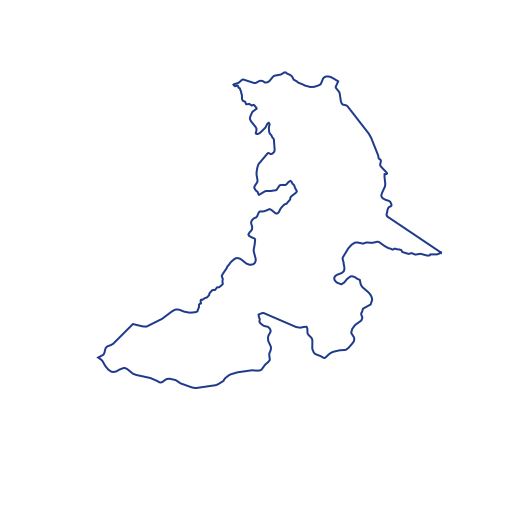 map outline of Brong Ahafo (Albers equal-area conic projection), rotated 133°
{"feature_id": "GHA-2159", "entity_name": "Brong Ahafo", "entity_type": "Region", "adm_level": 1, "iso_a3": "GHA", "parent_name": "Ghana", "parent_adm1": "", "projection": "albers", "projection_center": [-1.701, 7.588], "detail": "fine", "context": "isolated", "style": "outline", "palette": "blue", "viewbox_px": 512, "rotation_deg": 133, "n_neighbors": 0, "source": "natural_earth", "source_scale": "10m", "svg_char_len": 6138}
<svg xmlns="http://www.w3.org/2000/svg" viewBox="0 0 512 512"><g transform="rotate(133 256 256)"><path d="M130.4,192.1L131.9,191.6L136.8,188.7L137.6,187.0L127.6,124.8L127.1,123.1L127.7,122.7L128.0,123.2L129.2,123.6L131.5,124.8L135.9,129.6L136.5,129.4L137.5,129.6L139.0,131.2L142.2,137.2L146.3,140.4L147.8,144.2L150.4,145.8L153.3,151.7L152.6,153.8L153.5,155.6L154.8,157.3L156.0,159.6L158.0,160.3L158.5,161.2L158.7,162.2L160.0,164.7L161.0,168.6L161.9,175.6L162.9,177.1L166.0,179.1L167.6,180.5L170.7,184.4L174.0,186.2L176.9,191.0L178.8,192.8L182.7,193.8L187.5,193.7L198.0,191.5L199.2,190.5L201.0,187.5L201.9,186.6L203.3,184.6L205.1,182.5L207.3,181.4L210.0,181.7L214.4,183.9L216.7,184.4L218.8,183.8L219.9,182.3L220.3,180.3L220.2,178.3L218.4,174.2L215.0,173.4L210.8,173.7L206.6,173.0L205.4,172.0L204.5,170.5L203.9,168.6L203.7,166.6L202.7,163.8L203.3,162.8L204.8,160.9L205.9,158.6L206.2,156.5L205.9,149.8L206.0,147.5L206.5,145.1L207.4,143.0L208.9,141.1L213.3,139.1L221.5,141.8L224.7,140.3L226.1,140.0L227.2,138.9L228.4,136.3L229.8,135.5L231.1,135.1L232.0,135.1L238.5,136.4L239.6,136.4L243.6,135.9L246.6,134.4L247.4,133.7L248.7,128.8L249.7,127.5L251.5,126.3L254.2,125.9L260.1,125.7L262.7,126.1L264.1,126.9L267.9,130.5L273.4,134.2L276.2,135.3L278.6,135.7L282.6,135.9L283.5,136.1L284.1,136.6L284.7,138.2L285.2,140.7L286.8,144.4L287.3,146.2L287.2,147.9L285.7,151.2L285.0,152.0L279.4,157.1L278.8,157.9L278.2,159.0L278.0,160.2L277.9,163.8L277.6,165.1L276.7,166.4L274.7,168.3L274.0,169.1L273.3,170.7L275.0,172.5L278.0,174.5L279.5,176.5L280.7,178.5L292.4,211.3L293.1,212.3L297.1,214.2L298.7,212.1L299.6,210.2L301.6,208.8L301.9,208.2L302.2,206.9L302.0,203.6L301.5,202.1L299.8,199.2L299.6,198.0L299.8,195.9L300.6,194.4L301.5,193.7L306.0,192.5L307.4,191.6L309.7,189.3L312.0,183.7L312.9,182.4L314.8,181.1L318.5,179.6L320.0,178.1L322.1,175.5L322.8,175.0L323.6,174.8L325.6,174.8L329.1,175.2L335.1,174.5L336.4,174.8L337.8,175.7L339.6,177.6L342.3,181.0L353.7,190.2L359.8,193.8L361.8,194.5L366.3,195.2L368.3,195.0L369.5,194.6L375.7,196.3L377.9,197.3L393.2,209.6L394.6,211.2L395.8,213.2L400.6,224.3L401.4,229.5L401.8,230.6L404.7,235.5L406.6,237.2L407.7,237.7L412.2,238.6L413.5,239.4L414.1,240.2L414.5,241.4L414.7,242.8L417.3,250.1L424.7,262.5L426.0,265.7L426.5,272.9L427.2,275.2L428.1,276.4L432.2,278.4L435.2,279.3L436.8,280.2L438.2,281.3L439.2,282.8L439.8,286.1L439.7,287.6L439.3,290.9L437.5,296.8L437.4,298.8L437.9,302.2L432.7,300.4L432.0,300.4L431.2,300.5L429.5,301.2L427.5,302.4L425.9,303.1L424.5,303.2L423.6,303.1L419.9,301.3L417.6,300.6L389.7,299.6L384.8,290.9L382.6,288.2L382.0,287.8L365.9,281.8L354.4,279.8L351.0,278.8L349.4,277.8L348.7,277.0L347.5,275.2L345.6,270.4L343.0,266.3L341.1,264.3L338.4,262.0L337.2,261.3L336.3,261.1L335.4,261.7L333.1,262.5L332.1,263.0L330.5,264.5L329.1,264.5L328.4,263.9L328.0,264.0L326.8,265.8L325.7,266.4L325.2,266.2L324.7,265.4L321.8,264.7L319.7,263.6L316.6,263.6L315.2,264.5L314.7,264.6L311.0,264.7L309.9,264.1L309.1,263.0L308.5,262.8L305.7,263.1L305.2,262.8L304.2,261.8L303.7,261.6L299.6,261.1L298.9,261.4L297.6,263.1L295.4,264.7L294.4,266.8L293.7,267.6L291.6,268.1L285.2,269.1L282.9,269.8L280.8,269.8L278.3,270.2L276.0,270.1L273.4,269.8L271.3,269.2L270.1,268.0L269.5,267.1L268.8,265.6L268.6,264.5L268.1,257.9L266.8,254.7L265.5,253.5L264.0,252.5L263.0,252.2L261.6,252.2L259.5,253.1L258.3,254.3L254.7,260.0L253.4,261.7L248.1,265.1L244.6,267.8L244.3,268.5L244.3,269.1L245.3,271.8L246.0,274.9L245.5,276.2L243.2,276.8L240.7,276.8L239.3,277.1L238.4,277.7L237.2,278.8L235.5,281.7L234.7,282.5L233.2,283.2L231.4,283.4L229.5,283.1L227.8,282.3L227.1,282.2L225.8,282.4L222.8,283.5L221.7,283.7L221.0,283.6L220.5,283.3L219.1,281.7L217.8,280.6L215.3,279.3L212.6,278.2L212.1,277.2L211.8,276.0L211.5,271.1L210.9,269.8L210.0,269.3L208.5,269.2L204.4,270.4L200.2,270.5L198.4,270.2L197.2,269.4L196.6,269.3L194.8,269.5L192.1,269.5L191.4,269.6L189.8,270.7L188.2,270.9L183.0,270.0L181.5,270.0L180.7,270.4L179.4,274.4L178.5,275.7L178.2,276.9L178.2,278.8L177.6,280.4L177.5,281.9L178.8,282.5L180.1,282.7L182.8,282.6L184.0,282.9L186.9,286.1L188.3,286.9L193.1,286.1L194.0,286.1L198.6,289.7L201.5,292.9L202.4,293.5L209.2,295.5L209.1,296.4L208.0,298.5L208.2,300.8L207.4,303.6L206.6,304.4L204.6,304.9L202.2,305.2L200.4,305.8L199.2,307.0L196.6,310.5L195.1,312.1L192.1,314.3L189.1,316.0L187.0,316.8L173.5,317.5L172.5,317.4L172.1,317.0L171.4,314.7L170.9,314.3L170.1,313.9L167.7,313.7L167.0,313.9L165.6,314.8L158.6,322.4L158.2,323.4L158.2,324.7L157.2,327.2L157.1,329.4L156.0,331.3L153.8,333.7L152.5,334.7L150.6,335.7L150.2,336.1L149.9,337.6L150.5,337.8L151.7,337.8L155.7,336.7L161.2,336.9L163.4,337.1L164.7,337.5L165.7,338.0L166.4,338.9L166.5,339.4L166.4,339.9L163.7,341.4L162.5,342.6L161.9,344.3L160.9,351.4L160.0,353.7L159.3,354.5L157.4,355.5L153.9,356.7L152.9,356.9L151.5,356.7L147.9,356.0L147.5,356.3L147.0,359.3L147.0,360.6L147.3,361.0L148.8,361.7L149.4,364.7L151.1,366.0L151.7,366.8L150.6,369.2L151.2,370.7L151.4,371.7L150.7,373.3L147.7,376.3L146.9,378.0L145.9,379.0L145.2,380.8L144.4,382.1L144.8,383.8L144.1,384.6L143.9,385.6L144.6,386.3L145.7,386.7L146.1,387.1L146.3,388.2L146.1,389.3L145.2,389.2L142.8,387.7L141.0,386.8L136.7,386.4L135.6,385.7L130.7,375.2L129.6,374.2L125.5,372.8L124.5,371.9L123.9,371.1L123.4,370.0L123.0,367.7L121.8,366.6L120.4,365.8L118.4,365.5L114.3,365.8L112.9,365.8L111.6,365.5L106.8,361.9L105.8,361.4L102.8,360.6L101.8,360.0L101.5,359.4L101.4,357.7L100.4,354.8L100.1,352.8L100.3,351.5L101.3,348.8L100.5,345.3L100.4,343.3L98.6,338.8L98.0,336.5L95.4,331.6L92.6,328.8L89.2,326.9L87.6,326.2L86.4,325.9L85.2,326.2L80.4,328.0L78.4,327.9L77.1,327.3L75.4,325.6L74.2,323.5L73.5,321.2L72.2,315.0L77.9,313.1L78.5,312.4L79.4,306.8L80.0,305.7L85.0,299.4L86.0,297.2L86.1,295.7L84.9,293.9L84.2,292.3L84.1,291.0L89.6,257.0L91.0,252.5L99.0,235.5L101.0,232.7L100.7,230.6L100.8,230.1L101.7,229.2L104.2,227.7L105.1,226.8L105.4,225.5L105.9,217.3L106.3,216.5L106.9,216.4L107.7,216.9L108.4,217.8L110.2,216.3L115.2,210.5L117.2,209.1L123.8,206.9L126.1,205.8L127.2,204.3L127.3,202.4L126.6,199.7L125.1,196.5L124.8,195.1L125.3,193.4L126.1,191.9L126.8,191.3L127.7,191.3L129.1,192.0L130.4,192.1Z" fill="none" stroke="#1e3a8a" stroke-width="2"/></g></svg>